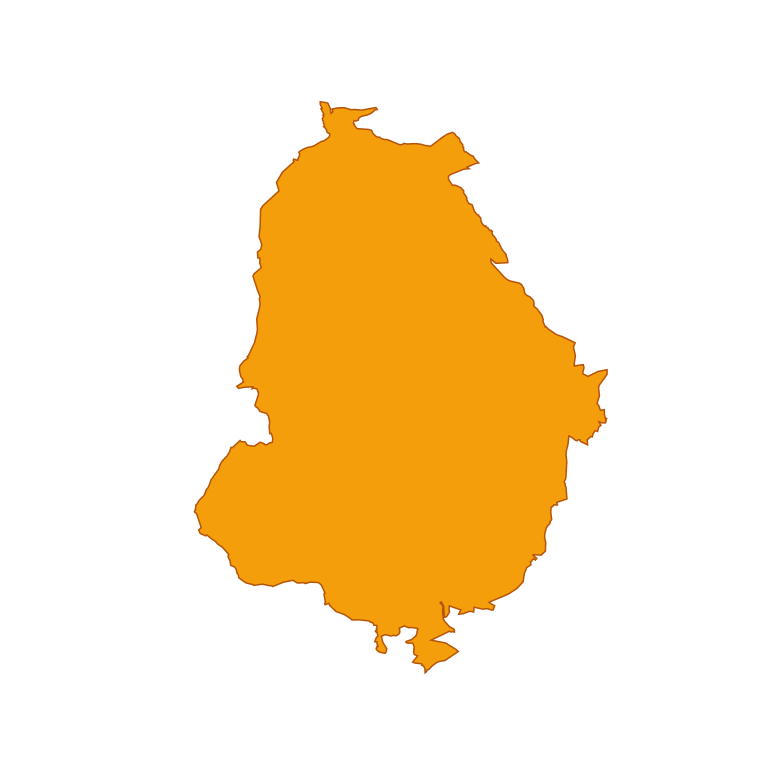 Runcu Salvei, Bistrita-Nasaud, Romania, rotated 164°
{"feature_id": "2599482B46893118391872", "entity_name": "Runcu Salvei", "entity_type": "district", "adm_level": 2, "iso_a3": "ROU", "parent_name": "Romania", "parent_adm1": "Bistrita-Nasaud", "projection": "robinson", "projection_center": [24.328, 47.36], "detail": "fine", "context": "isolated", "style": "filled", "palette": "amber", "viewbox_px": 768, "rotation_deg": 164, "n_neighbors": 0, "source": "geoboundaries", "source_scale": "gbopen_adm2", "svg_char_len": 6165}
<svg xmlns="http://www.w3.org/2000/svg" viewBox="0 0 768 768"><g transform="rotate(164 384 384)"><path d="M429.5,115.8L426.7,113.3L433.1,108.8L431.5,107.4L424.9,104.6L424.7,103.7L425.2,103.2L423.8,102.2L423.1,99.1L424.1,95.1L422.4,95.7L421.4,97.3L419.5,97.3L415.9,99.5L410.6,101.6L407.0,102.1L401.7,101.4L386.3,106.4L387.8,108.8L396.1,118.0L409.3,124.8L389.2,128.3L387.9,127.0L386.7,127.2L384.7,126.1L384.2,127.9L384.5,129.3L388.0,132.7L391.1,139.1L391.7,141.7L390.5,148.7L388.6,154.0L389.4,156.8L390.4,157.7L390.3,158.4L388.9,158.7L387.9,154.0L390.4,143.1L388.1,143.0L384.5,146.2L383.6,147.3L383.8,148.9L382.4,152.7L372.4,145.7L375.7,142.1L371.2,141.4L364.1,141.9L360.6,140.1L358.9,144.6L351.1,140.3L346.7,139.6L342.5,136.8L341.3,136.7L338.7,140.5L342.1,143.6L343.2,145.3L322.3,147.8L312.6,150.8L304.8,155.5L301.5,162.9L297.4,168.2L292.6,169.7L292.3,172.4L290.7,173.0L290.2,173.9L288.1,174.8L287.1,173.0L285.2,174.2L287.9,178.3L287.6,178.8L280.1,176.2L274.9,178.9L272.1,187.4L272.1,191.6L270.6,196.0L267.7,200.8L265.6,202.7L263.3,203.9L261.9,206.3L260.2,207.4L259.1,214.5L257.3,219.6L256.0,219.6L254.1,221.0L250.6,219.9L250.6,222.6L239.8,223.1L237.5,234.7L237.8,236.7L237.3,237.7L237.8,240.2L235.6,242.7L234.6,244.9L229.7,259.0L228.6,265.6L227.2,269.3L223.7,275.5L220.6,283.1L218.4,281.3L215.8,277.5L214.2,276.2L212.6,276.8L211.0,276.4L211.2,275.1L210.7,274.4L205.1,269.4L204.0,274.4L199.6,276.5L198.4,275.7L196.7,278.6L193.8,281.0L191.8,279.5L189.3,283.6L186.9,284.4L187.8,288.4L184.9,286.4L181.7,285.6L179.6,289.5L180.7,289.5L180.5,294.2L179.3,298.6L183.2,299.0L183.6,304.4L184.6,306.5L180.1,313.4L178.9,320.7L177.7,323.3L167.0,331.7L165.6,336.2L174.8,337.1L185.8,335.1L189.9,338.9L189.7,340.3L187.3,344.5L187.1,347.7L196.1,348.9L195.3,351.6L192.2,358.5L191.7,367.4L188.9,370.9L199.3,380.2L204.7,384.0L210.8,391.4L212.6,394.6L213.3,394.4L214.0,400.9L213.2,401.7L213.3,406.6L216.1,414.0L218.3,417.2L218.4,418.6L217.7,419.4L217.3,422.4L217.7,423.9L219.8,427.7L222.4,429.9L223.3,431.5L223.6,432.8L223.3,437.6L224.4,441.7L226.2,443.8L233.8,447.9L236.8,450.3L238.8,453.3L247.2,470.2L247.5,473.1L246.8,474.7L243.3,469.2L231.5,466.5L230.9,470.6L231.3,473.2L230.9,474.7L233.5,480.8L234.8,488.5L236.5,490.4L236.2,491.8L237.2,495.0L238.5,497.5L238.6,499.5L237.7,500.7L238.3,501.0L238.5,502.2L240.1,502.4L241.0,505.3L242.4,506.6L242.4,507.7L244.1,508.4L245.5,511.2L245.9,514.2L245.2,516.8L246.4,518.9L246.4,520.3L247.7,520.9L249.5,525.1L249.8,531.8L253.0,534.6L253.7,538.9L253.1,539.7L253.4,541.7L254.8,545.7L254.1,547.8L254.4,548.6L255.2,549.4L255.7,551.2L259.0,554.1L261.1,555.7L263.3,555.9L265.6,562.8L264.8,565.9L261.9,567.1L247.9,568.5L242.9,567.5L244.5,569.6L235.1,570.8L232.1,570.4L234.7,575.4L235.7,578.8L236.6,579.1L238.8,581.4L241.1,584.6L242.2,584.7L243.0,586.5L242.3,589.3L242.9,590.1L242.4,592.5L243.9,596.1L244.0,599.4L246.2,602.4L247.3,605.4L248.9,607.0L254.0,606.8L259.2,605.3L273.6,599.7L278.3,601.7L282.6,604.4L288.1,606.6L295.6,608.3L298.4,609.8L300.8,609.2L302.7,609.5L313.3,617.9L316.8,619.2L319.1,620.8L320.2,622.6L321.8,622.7L323.8,624.7L325.5,627.7L326.0,631.3L328.8,633.0L339.5,636.9L341.2,641.0L340.8,641.6L341.6,642.8L340.2,645.5L338.4,644.5L336.0,644.7L335.0,646.5L332.0,647.5L326.0,647.2L321.9,647.7L318.6,649.0L317.6,650.0L314.8,649.7L315.6,652.0L329.7,653.4L337.9,656.4L339.3,656.4L346.1,660.5L352.4,662.2L358.1,662.6L358.1,659.8L360.4,658.8L359.7,663.5L360.5,669.2L361.4,670.1L367.5,672.9L368.2,670.5L367.5,666.0L368.7,665.9L367.4,659.6L368.7,659.2L368.2,657.8L370.2,656.0L370.1,648.2L371.0,648.0L369.4,645.0L369.3,641.7L367.1,639.0L368.4,636.9L370.3,635.8L375.2,634.2L377.1,634.5L385.3,632.3L388.5,632.0L391.6,632.5L396.3,632.1L401.2,630.8L402.0,630.2L401.6,628.6L402.5,626.6L404.8,624.1L405.4,622.8L408.8,625.1L409.6,624.1L409.2,622.5L423.3,615.6L431.8,607.4L431.7,598.6L451.4,588.7L454.4,586.1L459.5,570.1L463.5,560.1L463.0,551.9L465.4,547.4L469.3,545.7L470.5,539.9L468.5,539.2L470.1,534.5L469.9,529.7L478.3,525.8L480.2,524.0L479.7,508.4L479.0,502.1L480.5,499.9L480.8,495.9L482.1,492.5L488.4,481.6L490.6,471.5L492.0,468.2L497.1,459.4L506.6,448.6L508.0,448.0L507.6,446.4L512.5,444.7L517.2,441.4L518.3,439.7L519.2,436.9L519.6,430.8L518.4,427.4L518.9,425.3L518.4,424.7L526.1,422.4L525.2,420.0L518.2,419.2L510.8,417.4L512.1,415.8L510.8,416.0L507.6,414.5L507.2,410.1L507.6,408.5L514.0,399.0L513.5,397.5L511.9,395.6L510.8,391.8L505.0,388.0L504.0,384.9L504.2,380.7L504.9,377.4L506.0,375.4L507.5,367.9L506.3,367.8L505.9,365.6L505.9,362.5L507.4,358.7L510.5,358.9L513.2,357.9L515.7,358.8L515.9,359.9L519.1,362.2L525.9,359.9L532.1,362.7L533.4,366.6L537.3,368.0L537.9,369.4L547.2,364.6L548.5,365.3L551.0,361.6L554.8,358.0L560.8,354.6L563.9,351.5L566.5,347.6L576.8,339.4L579.6,335.3L581.9,332.7L584.0,331.3L587.6,326.5L593.4,323.3L597.0,320.0L598.3,319.5L599.1,316.9L599.9,315.7L599.6,315.3L601.4,313.7L601.3,313.0L600.1,311.5L599.8,309.7L599.3,296.3L602.4,294.8L601.9,291.0L597.2,287.1L595.9,287.8L592.3,282.4L589.8,279.8L587.7,275.6L584.3,271.6L580.2,262.9L581.1,262.0L581.5,260.6L580.7,256.4L581.4,252.0L578.0,249.2L577.2,246.6L577.4,242.5L576.6,241.1L577.0,237.7L573.2,232.8L571.0,230.5L566.0,227.7L564.4,226.3L556.1,225.1L549.4,221.6L547.8,221.2L546.8,220.0L535.0,221.2L525.6,220.4L522.5,216.9L521.4,216.3L516.4,215.3L514.5,213.8L509.8,213.9L501.9,211.3L499.7,208.3L498.3,199.4L499.2,199.2L499.7,197.9L500.5,190.1L501.5,189.6L501.4,188.0L497.6,188.4L497.1,185.9L492.9,178.6L485.9,173.5L481.1,168.1L479.9,166.0L472.5,164.0L463.8,160.4L462.7,158.8L460.3,157.2L460.3,155.0L457.6,154.0L458.0,150.9L459.0,150.5L458.8,149.4L460.4,148.8L459.9,147.5L459.1,147.5L459.4,143.2L461.1,142.6L463.9,138.8L461.8,137.9L462.4,136.0L461.9,133.4L462.4,133.1L463.1,133.6L464.6,131.4L463.5,128.9L461.8,127.2L457.2,124.8L456.1,125.6L454.3,128.7L456.3,135.9L456.1,142.3L451.7,142.7L446.8,139.8L443.5,139.7L442.9,139.0L441.1,138.7L438.6,139.6L437.4,140.7L436.6,143.6L436.8,145.0L431.2,145.9L427.4,142.9L425.2,142.5L419.9,140.3L418.9,139.1L419.8,138.3L421.2,135.1L423.0,132.9L427.7,130.8L433.8,130.4L434.0,129.4L433.0,128.6L428.3,127.1L427.7,126.2L427.5,122.5L428.4,121.3L428.4,120.0L429.4,118.4L429.5,115.8Z" fill="#f59e0b" stroke="#b45309" stroke-width="1.5"/></g></svg>